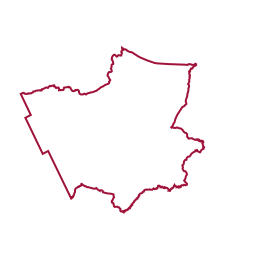 the district of Sissala East, Upper West, Ghana, rotated 245°
{"feature_id": "2480657B88326891244380", "entity_name": "Sissala East", "entity_type": "district", "adm_level": 2, "iso_a3": "GHA", "parent_name": "Ghana", "parent_adm1": "Upper West", "projection": "albers", "projection_center": [-1.879, 10.607], "detail": "fine", "context": "isolated", "style": "outline", "palette": "rose", "viewbox_px": 256, "rotation_deg": 245, "n_neighbors": 0, "source": "geoboundaries", "source_scale": "gbopen_adm2", "svg_char_len": 5671}
<svg xmlns="http://www.w3.org/2000/svg" viewBox="0 0 256 256"><g transform="rotate(245 128 128)"><path d="M157.0,216.7L157.7,216.3L157.7,216.0L157.5,215.1L157.2,215.0L157.4,214.6L157.4,214.2L157.1,214.1L157.2,213.9L157.8,213.6L158.3,212.5L158.9,211.9L159.3,211.8L160.3,209.8L159.9,208.8L160.2,208.2L161.0,207.0L168.6,192.1L174.5,181.3L175.8,179.5L180.9,174.2L186.4,169.2L188.8,167.4L195.0,163.5L196.3,161.6L198.6,159.8L199.1,159.8L200.3,159.1L200.6,158.0L203.2,156.5L202.5,156.2L200.7,156.2L200.4,154.6L200.0,154.2L199.7,154.0L198.4,154.2L197.4,153.0L196.6,152.6L196.6,152.2L198.1,150.1L197.4,148.6L197.4,148.0L199.9,147.0L200.3,146.4L199.9,144.8L198.6,143.1L197.7,142.8L197.1,142.2L195.4,142.5L192.8,142.0L192.2,141.6L192.4,140.6L191.9,139.6L190.2,138.9L188.9,137.5L187.7,137.7L186.2,137.2L186.0,136.1L186.7,134.2L186.3,133.5L184.6,131.8L183.9,131.6L182.8,131.9L180.1,131.9L179.0,132.2L178.6,131.9L177.9,130.3L177.0,130.1L176.6,129.7L176.4,129.0L176.7,125.3L176.3,123.4L176.3,120.3L175.6,118.2L175.6,116.8L175.1,115.5L175.5,110.5L176.0,109.5L176.1,108.4L176.0,107.8L176.3,107.2L176.5,105.8L176.1,104.1L177.4,103.3L177.6,102.4L177.4,101.6L178.3,99.5L179.5,98.6L181.5,98.8L182.4,99.2L183.2,99.0L183.5,98.5L184.0,98.3L184.2,97.1L184.7,96.4L184.1,95.5L184.3,94.4L185.1,93.2L187.9,92.6L188.8,92.8L189.9,92.2L190.0,91.4L190.6,91.2L190.6,90.5L191.6,87.2L191.5,86.9L189.8,85.6L190.2,84.3L191.1,82.8L190.9,82.4L191.5,81.8L191.5,81.5L192.7,82.1L194.1,82.1L194.4,81.4L194.3,80.4L195.4,79.8L195.3,79.4L196.6,79.3L197.3,79.0L197.2,78.4L197.5,78.3L197.9,78.3L198.1,78.6L198.2,78.4L198.5,75.7L199.2,75.0L198.9,74.3L198.9,73.4L198.3,72.9L198.2,72.3L198.8,71.7L199.5,70.3L199.3,69.8L199.2,67.0L199.5,66.3L198.6,65.6L198.9,64.6L199.5,64.3L199.5,63.7L200.4,61.4L200.7,60.2L200.5,59.2L201.1,57.6L200.4,56.6L200.5,55.4L200.3,54.8L200.9,53.9L201.1,52.5L201.6,52.2L201.5,51.1L202.2,49.4L202.9,49.1L203.1,48.6L203.9,48.4L204.2,47.9L204.2,45.2L180.9,45.4L180.6,39.3L140.6,39.8L140.9,45.9L88.0,46.7L88.1,47.4L88.5,47.9L88.6,48.5L89.0,48.5L88.8,49.0L89.4,49.3L89.3,49.7L89.8,50.1L89.9,50.5L91.4,51.6L92.3,52.9L93.4,53.5L94.0,53.6L94.9,54.5L95.5,55.7L95.5,57.1L95.8,57.6L95.6,58.0L95.8,58.6L95.5,58.8L95.9,59.7L95.6,60.4L95.9,61.0L95.7,61.4L96.9,61.9L96.9,62.5L95.9,62.8L94.3,63.9L93.5,64.2L93.1,65.1L91.6,65.9L91.4,66.7L87.5,71.3L86.9,72.5L87.0,73.9L85.3,74.4L82.9,75.9L83.2,76.2L83.2,76.9L82.7,77.7L81.9,78.4L80.9,78.5L80.3,78.2L77.4,81.7L75.7,84.7L74.0,86.8L72.1,86.1L71.1,86.1L70.4,84.8L68.7,83.0L68.7,82.5L68.4,82.2L67.2,82.0L66.7,82.7L66.2,82.9L65.6,82.6L65.1,82.9L63.0,82.2L62.1,82.6L61.8,83.3L61.4,84.7L61.2,85.0L60.7,85.2L60.1,86.1L59.9,86.0L59.0,86.5L58.5,86.5L58.1,86.9L57.6,86.9L56.4,86.1L56.0,86.4L55.6,86.3L55.1,86.6L54.7,87.6L53.2,88.5L53.8,89.5L54.0,89.2L54.2,89.6L53.8,90.2L54.0,90.7L53.9,90.8L54.1,91.2L54.3,91.0L54.2,91.4L54.4,91.6L54.1,92.3L54.4,92.5L54.5,93.1L54.1,93.5L54.3,94.4L54.6,94.5L54.7,95.1L55.0,95.1L55.0,95.5L55.4,95.9L55.3,96.2L55.7,96.8L55.3,96.8L55.9,97.4L55.8,97.5L56.1,98.5L56.8,98.8L56.7,99.3L57.1,99.3L57.2,99.8L57.7,100.1L58.3,102.1L59.0,102.5L59.1,103.4L59.6,103.9L59.6,104.8L60.3,105.8L60.1,106.4L60.6,106.4L60.7,107.9L61.0,107.9L61.3,108.2L61.9,109.6L62.6,109.5L63.0,110.2L63.4,111.7L63.1,112.9L63.2,113.4L63.3,114.0L63.8,114.3L64.0,114.9L63.7,115.6L64.7,116.5L64.8,117.0L64.4,118.9L64.2,118.9L63.3,120.8L63.2,121.8L62.6,122.4L61.8,123.8L62.3,125.4L61.9,125.4L61.7,125.7L61.3,126.6L61.5,126.8L60.9,127.6L61.4,128.6L61.4,129.0L61.0,129.2L61.2,129.5L62.9,130.8L62.9,131.3L62.4,132.0L61.9,132.1L61.6,132.5L60.5,132.3L60.2,133.3L60.3,133.6L60.0,133.7L60.1,133.9L59.9,133.9L59.5,134.7L59.0,134.9L59.0,135.5L58.6,135.3L58.5,135.7L58.2,135.6L57.8,135.9L57.8,136.3L58.3,136.7L57.3,138.0L55.4,138.9L54.3,138.3L54.2,139.2L53.6,138.9L53.3,139.2L53.3,139.6L54.1,140.3L54.1,140.8L54.7,141.4L54.5,141.9L54.5,142.4L54.9,142.7L54.7,143.2L55.3,144.1L55.4,144.6L56.2,145.2L56.2,145.4L56.0,145.5L56.4,145.9L55.9,145.9L56.0,146.3L54.7,146.9L54.1,147.7L53.7,147.3L53.6,147.8L52.5,148.7L52.5,149.2L53.2,149.3L53.1,149.9L53.4,149.9L53.0,150.7L52.7,150.8L52.9,151.0L52.6,151.3L53.3,151.9L53.4,152.7L52.6,153.9L52.9,154.8L51.8,155.8L51.8,157.5L52.7,157.9L55.5,156.9L56.7,156.7L57.3,158.0L60.1,160.4L60.8,161.6L61.3,161.9L62.6,162.1L64.3,161.8L64.7,161.6L65.0,160.8L65.6,160.4L67.2,160.2L68.1,160.3L69.2,161.2L71.2,161.5L71.6,162.9L72.9,164.0L73.9,164.5L74.6,165.6L74.9,166.3L74.5,167.6L75.6,168.2L76.2,168.9L76.6,170.0L76.2,172.1L77.8,174.5L78.3,176.4L78.4,178.7L79.3,179.7L79.2,180.0L78.6,179.4L78.3,179.7L78.7,181.3L77.2,181.5L75.5,182.9L75.6,183.4L76.2,184.0L77.1,185.4L77.3,186.7L77.1,187.5L78.4,188.8L79.0,188.0L80.2,188.7L82.7,188.9L82.9,189.2L83.0,190.1L83.3,190.3L84.6,190.3L84.8,189.1L85.3,189.4L85.5,189.1L85.4,187.8L86.0,187.2L86.3,187.7L87.1,187.7L87.9,187.0L88.2,186.5L87.7,186.1L87.7,185.6L88.9,185.0L88.8,184.2L89.0,183.7L90.7,182.2L91.7,181.7L92.8,178.4L93.9,178.4L95.0,177.9L97.4,179.0L99.0,178.5L99.7,177.6L100.5,177.2L102.6,176.6L103.3,176.7L105.3,175.6L106.0,174.4L107.5,173.0L107.9,172.3L107.8,171.4L108.5,170.0L109.9,168.3L109.9,167.6L110.4,167.5L110.8,168.8L111.3,169.7L112.6,170.9L113.5,172.5L116.1,174.7L119.1,178.2L124.0,186.0L124.1,188.4L124.6,189.1L125.1,191.0L126.1,191.4L127.3,191.4L128.8,192.2L131.9,195.2L133.6,196.1L136.4,198.6L138.0,199.2L139.8,200.9L141.2,201.4L142.4,201.0L144.0,203.2L145.7,203.6L146.6,204.6L147.8,205.3L148.3,205.2L148.7,206.0L149.8,206.5L150.2,206.2L151.0,206.2L152.0,207.0L152.5,207.0L152.9,208.0L153.3,207.9L153.2,207.5L153.5,207.4L154.6,209.6L155.2,210.1L155.3,210.4L154.8,210.7L154.8,211.6L155.7,212.8L156.0,213.5L156.1,214.6L156.0,215.3L156.3,216.4L157.0,216.7Z" fill="none" stroke="#9f1239" stroke-width="2"/></g></svg>